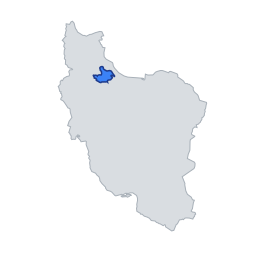 location of Qazvin within Iran, rotated 18°
{"feature_id": "IRN-3235", "entity_name": "Qazvin", "entity_type": "Province", "adm_level": 1, "iso_a3": "IRN", "parent_name": "Iran", "parent_adm1": "", "projection": "natural_earth1", "projection_center": [49.608, 36.125], "detail": "fine", "context": "in_parent", "style": "filled", "palette": "blue", "viewbox_px": 256, "rotation_deg": 18, "n_neighbors": 0, "source": "natural_earth", "source_scale": "10m", "svg_char_len": 4497}
<svg xmlns="http://www.w3.org/2000/svg" viewBox="0 0 256 256"><g transform="rotate(18 128 128)"><path d="M127.9,71.4L130.5,71.5L135.1,69.9L135.5,69.5L136.9,66.4L138.5,65.0L141.3,63.2L143.1,62.7L149.5,62.9L149.9,61.6L151.0,61.0L157.9,61.3L159.0,62.3L159.5,64.1L165.3,65.8L166.5,66.3L167.9,67.7L169.1,68.0L170.6,67.4L171.5,67.8L173.0,67.5L177.6,69.4L178.2,71.5L179.1,72.4L180.1,73.3L183.7,74.8L184.8,75.7L187.5,79.5L194.7,79.4L195.2,80.2L195.2,81.8L195.8,85.7L195.3,87.1L196.3,88.3L196.2,90.7L196.7,92.4L195.9,94.7L195.1,95.2L195.6,97.2L195.0,99.2L195.1,100.0L194.0,101.7L194.0,102.3L191.9,103.9L193.5,106.2L191.2,106.3L189.8,108.7L190.3,111.7L190.0,113.1L190.2,114.0L190.8,114.6L194.0,115.1L194.1,115.5L190.9,119.8L191.1,121.4L193.7,130.0L193.4,134.3L193.9,138.7L201.8,140.0L202.8,141.1L203.4,143.6L203.4,145.4L203.2,146.3L194.6,157.6L199.3,163.2L199.5,164.4L202.4,169.9L205.0,172.7L209.5,174.2L211.5,176.3L213.4,176.2L213.3,179.0L214.2,184.8L213.7,187.5L215.2,188.0L217.6,187.6L218.5,188.2L219.0,189.1L218.4,189.7L218.6,191.9L218.0,192.4L217.8,194.6L214.2,194.7L210.9,195.6L209.7,196.4L209.1,198.0L208.0,197.8L207.6,198.4L205.3,199.5L204.6,203.9L203.7,204.9L203.2,211.3L202.6,211.4L201.5,212.4L194.3,210.4L193.5,208.8L192.8,208.6L191.7,210.0L188.1,209.2L186.9,209.4L186.1,209.0L184.2,209.0L182.6,208.1L178.7,208.8L176.3,207.2L173.7,206.8L170.6,206.8L168.0,205.6L166.7,206.1L166.0,205.3L162.2,204.5L160.9,201.7L160.9,200.2L159.9,197.8L159.5,194.2L158.6,191.6L157.0,189.5L152.6,188.2L150.3,188.9L148.7,190.1L145.9,190.8L143.8,193.2L142.5,193.0L137.4,196.3L136.3,196.2L132.5,194.0L130.8,193.6L127.3,193.7L125.4,192.3L124.9,191.2L120.4,188.9L117.6,186.8L116.7,184.9L115.5,183.4L112.8,182.3L111.2,181.0L107.0,180.6L104.1,177.5L104.0,176.5L102.3,173.1L102.0,170.6L101.6,170.0L100.1,169.0L99.9,168.3L100.2,166.8L98.3,165.8L98.0,165.0L98.0,162.6L93.4,156.9L92.5,153.7L91.7,153.5L87.6,155.6L86.4,154.4L82.9,152.4L82.4,151.6L83.3,151.3L84.2,151.6L84.7,151.2L84.5,150.5L83.6,150.1L82.4,150.1L82.7,150.7L81.6,151.4L81.3,152.2L81.6,154.6L81.1,155.2L79.3,155.6L78.1,156.4L77.0,155.5L76.7,153.8L76.0,152.7L75.1,152.2L74.3,151.1L73.1,150.6L73.0,144.5L69.9,144.4L69.9,139.8L71.4,135.3L68.4,131.1L67.1,128.0L66.3,127.4L64.8,127.5L59.6,123.3L57.8,122.2L55.3,121.8L55.0,120.4L55.7,118.7L54.5,116.6L54.2,115.9L53.1,115.7L53.2,114.3L51.9,114.4L49.5,110.7L48.8,110.2L50.1,107.3L49.2,105.0L49.8,103.1L51.1,103.2L51.5,100.6L53.8,98.0L55.8,96.8L56.0,96.1L55.6,94.6L54.3,92.8L54.5,91.3L54.9,90.6L57.0,89.8L57.2,89.4L56.2,88.9L52.5,88.9L50.6,87.1L48.7,86.6L47.7,82.7L47.3,82.2L46.5,82.1L45.9,81.4L45.7,78.8L44.4,77.6L43.4,73.8L43.3,72.8L43.7,72.0L41.7,70.3L41.4,67.8L41.9,67.2L39.6,65.3L38.5,65.2L38.4,64.9L40.0,60.9L40.7,60.0L39.3,59.4L39.3,57.4L39.0,55.8L39.2,54.2L38.3,53.1L38.0,52.4L38.4,50.7L37.5,49.9L37.0,48.0L40.4,47.5L41.0,44.7L42.2,43.6L44.3,44.9L47.2,49.5L49.0,50.8L50.3,52.3L56.6,53.9L57.9,53.4L60.1,53.5L62.9,50.7L64.1,50.3L67.4,47.5L71.3,44.9L73.4,44.5L76.4,47.8L74.7,48.8L74.4,49.6L74.5,50.4L75.9,51.2L76.1,52.2L75.6,52.6L73.8,53.1L73.3,54.0L75.2,55.5L76.2,56.8L77.2,57.1L78.8,59.1L81.3,58.8L81.8,63.7L83.3,67.6L86.0,69.3L93.0,70.6L93.7,71.4L94.9,73.6L96.7,75.2L102.1,78.3L108.1,79.7L112.0,79.7L126.6,76.1L128.0,76.1L125.8,77.0L126.6,77.4L128.5,77.4L128.9,77.0L129.0,76.4L127.9,71.4ZM151.0,191.5L150.2,192.8L148.8,194.0L147.8,193.7L143.8,195.4L142.7,195.2L142.5,194.7L147.0,192.7L147.2,192.2L146.9,191.2L148.4,191.6L149.9,190.7L151.3,190.5L151.9,191.1L151.0,191.5Z" fill="#d9dde1" stroke="#a8b0b8" stroke-width="1"/><path d="M84.8,77.5L85.7,77.9L85.7,78.1L85.8,78.4L86.3,79.1L86.9,79.6L88.1,80.0L88.6,80.0L88.9,80.0L89.1,80.2L90.0,80.3L90.4,80.3L92.2,79.3L92.3,79.3L92.6,79.1L93.3,79.0L94.6,79.1L97.1,81.2L97.6,81.5L99.1,82.6L99.2,82.9L99.2,83.1L97.0,82.9L95.9,83.0L95.7,83.4L96.1,84.1L96.5,84.3L97.1,84.5L97.6,84.9L97.3,85.9L96.8,86.8L96.7,87.3L96.4,87.6L94.5,88.5L94.0,89.0L93.9,89.4L94.0,89.8L94.2,90.3L94.4,90.7L94.2,90.6L93.6,90.6L91.9,91.4L91.5,91.4L91.0,91.5L90.5,91.8L88.9,92.3L88.5,92.6L88.2,93.2L86.6,93.3L86.3,93.1L85.0,92.8L84.8,92.8L83.6,92.6L82.9,92.2L83.2,91.7L82.9,91.3L82.1,90.8L81.1,90.8L80.6,91.0L80.0,90.0L78.8,88.9L78.8,88.5L78.9,88.4L79.2,88.4L79.6,88.3L80.0,88.3L80.5,87.9L81.3,87.7L81.9,87.7L82.8,88.1L82.8,87.5L83.4,86.9L84.3,86.3L86.0,85.9L86.2,85.6L86.1,84.3L85.9,83.9L85.6,83.4L85.4,82.8L85.3,82.5L85.0,82.4L84.9,82.2L84.7,82.1L84.4,82.0L83.9,81.8L83.6,81.4L83.3,80.6L82.8,80.0L82.6,79.3L83.0,78.4L84.0,77.7L84.8,77.5Z" fill="#3b82f6" stroke="#1e3a8a" stroke-width="1.5"/></g></svg>